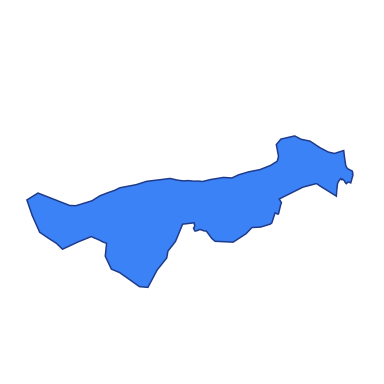 the district of Ogbaru, Anambra, Nigeria, rotated 62°
{"feature_id": "59680162B97395677882832", "entity_name": "Ogbaru", "entity_type": "district", "adm_level": 2, "iso_a3": "NGA", "parent_name": "Nigeria", "parent_adm1": "Anambra", "projection": "albers", "projection_center": [6.751, 5.908], "detail": "fine", "context": "isolated", "style": "filled", "palette": "blue", "viewbox_px": 384, "rotation_deg": 62, "n_neighbors": 0, "source": "geoboundaries", "source_scale": "gbopen_adm2", "svg_char_len": 2025}
<svg xmlns="http://www.w3.org/2000/svg" viewBox="0 0 384 384"><g transform="rotate(62 192 192)"><path d="M226.6,38.6L225.4,45.0L225.2,46.4L224.8,48.2L223.5,49.7L220.7,52.9L215.6,56.4L213.0,58.2L202.5,63.9L196.6,71.0L190.7,75.0L187.0,88.6L189.7,95.3L201.2,98.9L204.8,102.3L205.4,110.3L204.1,121.6L200.8,132.5L198.7,142.8L198.6,145.3L198.3,150.3L193.9,157.4L189.6,170.1L187.7,177.7L185.2,181.5L183.3,185.3L180.1,190.1L178.2,194.3L174.9,199.0L169.8,204.9L165.6,215.9L161.3,227.0L159.3,237.9L158.0,242.1L154.4,253.7L154.2,259.9L153.0,267.3L152.1,275.2L152.8,284.4L149.6,300.9L146.5,306.3L120.6,328.5L121.5,341.5L137.7,344.1L156.0,345.4L166.6,339.8L173.7,335.8L181.7,333.2L182.6,316.0L184.1,301.7L185.9,300.5L188.6,298.2L191.6,295.9L193.7,294.6L195.1,293.4L197.2,291.5L207.9,298.7L222.2,299.4L229.1,293.8L250.9,282.8L255.5,275.7L246.5,262.4L244.4,259.2L238.4,245.3L232.9,241.0L227.9,229.8L216.0,215.4L220.2,204.6L221.1,205.0L221.3,205.0L221.7,205.2L222.3,205.1L222.8,205.3L223.1,205.3L223.5,205.8L224.0,206.4L224.0,206.7L224.4,207.1L224.6,207.6L226.8,207.8L227.9,207.7L228.2,206.7L228.5,205.9L228.6,204.8L228.7,204.4L228.7,203.9L228.7,203.5L228.8,202.5L229.4,202.1L229.9,201.2L230.3,201.1L230.7,200.8L232.0,199.6L233.2,197.7L242.5,196.3L246.4,194.7L255.6,179.2L254.2,163.8L251.5,155.8L255.2,147.8L257.1,138.0L256.8,136.1L249.4,128.4L252.0,126.5L251.7,125.7L245.9,120.6L244.6,119.4L243.3,118.0L239.1,118.3L239.8,91.7L243.0,78.1L246.7,76.2L263.4,66.5L258.5,63.4L253.5,60.0L252.2,58.8L251.0,56.8L250.1,54.6L250.1,54.4L250.0,54.2L251.6,53.9L251.6,53.6L251.5,52.9L252.5,52.6L253.1,52.4L253.6,52.2L254.0,52.1L254.6,52.3L255.0,52.3L255.7,52.0L255.8,52.2L257.1,51.9L257.0,51.4L256.8,50.5L256.6,49.8L256.5,49.5L256.5,49.4L256.6,49.2L256.8,49.0L257.2,48.6L257.5,48.4L258.5,47.6L257.8,46.9L252.8,42.1L252.3,41.9L251.9,41.8L251.4,41.9L251.2,41.4L250.4,41.0L248.6,40.7L247.7,41.4L246.1,42.6L245.6,42.9L245.0,43.3L244.1,43.7L243.2,43.9L240.7,43.8L239.0,43.2L233.1,41.1L226.6,38.6Z" fill="#3b82f6" stroke="#1e3a8a" stroke-width="1.5"/></g></svg>